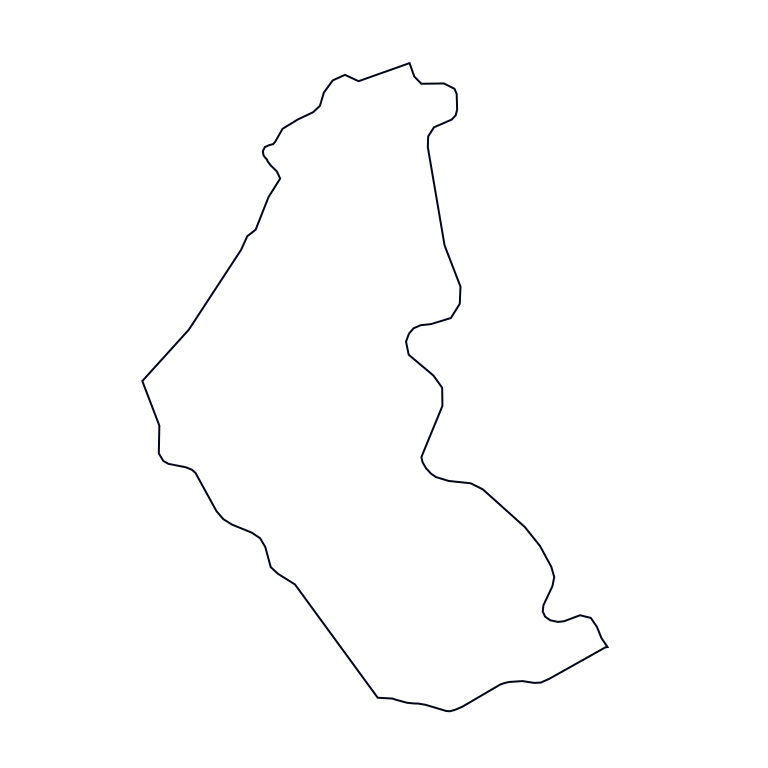 outline of Ancona, rotated 274°
{"feature_id": "ITA-5427", "entity_name": "Ancona", "entity_type": "Province", "adm_level": 1, "iso_a3": "ITA", "parent_name": "Italy", "parent_adm1": "", "projection": "robinson", "projection_center": [13.168, 43.479], "detail": "fine", "context": "isolated", "style": "outline", "palette": "ink", "viewbox_px": 768, "rotation_deg": 274, "n_neighbors": 0, "source": "natural_earth", "source_scale": "10m", "svg_char_len": 1481}
<svg xmlns="http://www.w3.org/2000/svg" viewBox="0 0 768 768"><g transform="rotate(274 384 384)"><path d="M370.1,142.7L424.4,185.4L507.9,232.1L521.9,237.3L529.0,245.2L562.5,255.8L581.7,266.1L588.6,262.3L594.0,255.9L598.0,252.4L599.9,251.5L601.5,249.7L603.8,247.8L607.9,246.9L612.1,248.7L614.2,252.7L615.6,256.7L617.9,258.5L631.5,265.0L641.9,279.6L650.1,294.2L657.0,300.7L670.6,303.7L683.3,311.7L689.7,323.5L684.3,337.5L705.9,387.1L692.8,392.8L686.1,400.3L688.0,422.8L683.4,433.7L678.3,436.3L662.9,437.8L657.1,436.8L652.5,433.1L643.6,416.0L634.1,410.8L623.3,411.2L526.4,434.8L486.5,453.5L469.3,454.0L454.5,446.1L447.0,426.6L445.2,416.5L441.7,409.7L436.0,405.4L427.8,403.0L414.9,406.6L395.9,432.7L384.3,442.3L366.2,443.8L313.7,426.4L308.5,428.0L302.8,431.9L297.9,437.1L294.8,442.3L291.8,455.3L291.0,477.4L285.8,489.9L251.1,534.5L233.3,550.9L213.4,563.6L203.3,567.3L194.0,566.1L174.5,558.5L168.2,558.2L163.2,560.9L159.9,566.3L158.8,574.0L159.9,580.2L167.0,595.7L165.1,606.6L156.5,613.4L145.6,618.7L137.2,625.3L136.6,623.0L101.5,569.5L97.1,561.3L96.3,554.6L97.3,542.9L95.5,529.6L94.0,524.8L92.3,520.9L67.5,484.6L64.0,477.8L62.1,472.5L62.2,468.7L66.9,447.7L67.6,440.1L67.4,436.4L67.6,429.3L69.9,417.7L70.8,414.3L70.6,399.6L177.8,309.2L187.3,291.4L193.4,283.8L213.0,277.0L221.5,271.2L226.5,262.4L233.1,242.3L237.9,233.2L245.4,225.8L282.2,202.1L285.1,198.3L287.1,192.2L289.3,174.5L291.8,169.3L299.0,164.2L326.8,162.8L370.1,142.7Z" fill="none" stroke="#020617" stroke-width="2"/></g></svg>